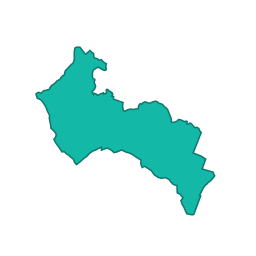 Gombak, Selangor, Malaysia (Mercator projection), rotated 201°
{"feature_id": "92858781B84445266980229", "entity_name": "Gombak", "entity_type": "district", "adm_level": 2, "iso_a3": "MYS", "parent_name": "Malaysia", "parent_adm1": "Selangor", "projection": "mercator", "projection_center": [101.678, 3.275], "detail": "fine", "context": "isolated", "style": "filled", "palette": "teal", "viewbox_px": 256, "rotation_deg": 201, "n_neighbors": 0, "source": "geoboundaries", "source_scale": "gbopen_adm2", "svg_char_len": 3498}
<svg xmlns="http://www.w3.org/2000/svg" viewBox="0 0 256 256"><g transform="rotate(201 128 128)"><path d="M58.0,150.0L60.0,151.1L60.7,151.9L61.9,153.0L63.9,153.3L65.8,152.3L67.1,152.9L68.1,153.5L69.6,154.3L71.0,154.9L72.1,154.7L72.5,154.2L73.0,153.3L74.6,152.9L74.8,153.8L75.0,155.3L76.5,155.1L77.2,154.3L78.7,154.3L80.2,154.4L81.9,154.5L83.8,154.1L84.8,151.8L85.9,150.8L87.0,149.9L88.1,149.4L89.1,149.0L89.9,149.6L90.4,151.1L91.1,152.4L92.9,154.3L97.4,159.2L98.5,159.9L99.7,160.4L101.0,160.7L102.8,161.6L104.5,162.4L105.6,162.5L107.6,162.1L109.4,162.8L111.3,163.1L112.3,162.7L113.3,162.0L114.5,161.0L115.7,159.8L116.7,158.8L118.4,158.6L120.8,158.6L121.8,158.3L123.6,156.3L123.6,155.2L124.3,155.2L125.5,154.9L125.9,153.2L126.0,152.1L125.6,151.0L125.5,149.4L127.2,148.8L128.3,148.1L129.7,147.2L131.1,146.8L132.4,146.7L133.8,145.7L135.1,144.7L136.2,143.3L137.8,142.3L138.8,143.0L139.6,144.0L140.1,145.4L141.0,146.4L141.7,150.0L144.6,149.9L146.8,149.9L148.3,149.9L150.1,149.8L152.0,149.8L152.7,152.1L154.4,151.9L154.2,154.0L155.4,154.4L155.4,155.2L157.7,155.7L159.3,156.0L160.4,156.6L161.5,156.6L161.9,156.0L161.7,155.0L161.2,154.4L160.8,153.6L161.1,152.5L162.0,151.7L162.7,150.9L163.6,152.1L168.3,147.5L169.4,148.3L172.2,148.2L172.3,146.8L173.7,148.2L174.4,148.9L174.5,149.6L173.8,150.6L173.3,151.8L173.1,152.8L173.1,154.3L173.1,155.2L173.7,156.1L174.6,157.0L175.6,158.1L176.2,159.4L176.0,160.7L176.5,161.6L178.0,161.6L178.9,162.1L179.8,163.5L180.1,164.8L180.8,166.1L181.1,168.4L181.2,169.3L180.7,170.4L179.7,171.6L178.9,172.8L177.6,174.2L173.9,173.5L172.6,173.3L170.7,173.3L169.5,173.9L169.4,174.7L169.5,175.7L170.7,176.9L171.3,180.3L173.3,180.5L174.6,180.9L176.4,181.6L177.4,182.3L178.9,180.9L180.7,181.5L182.0,181.7L183.2,181.4L184.4,181.3L185.6,182.3L186.1,184.0L187.0,185.3L187.8,185.6L188.7,185.5L191.3,186.8L194.1,181.5L201.8,186.2L203.0,185.8L204.8,185.1L206.1,183.9L206.0,182.0L205.4,179.8L204.6,177.5L203.5,174.9L202.7,172.4L202.5,170.3L202.7,168.6L203.7,167.0L204.6,164.8L205.8,161.8L207.0,159.2L207.0,157.5L206.5,154.9L207.2,153.9L207.7,153.5L208.3,151.8L208.8,150.8L208.8,149.7L208.9,148.9L209.7,148.1L210.6,147.2L211.2,146.5L211.7,145.3L211.9,144.3L212.6,143.1L213.4,142.0L214.1,140.9L214.8,140.0L214.8,139.3L214.7,138.5L215.4,137.9L215.3,137.3L215.1,136.3L215.9,135.5L217.1,134.7L218.0,133.8L219.2,133.2L219.9,132.6L220.6,131.8L220.9,130.6L221.4,129.4L222.2,129.2L223.3,129.4L224.1,129.2L224.7,128.9L225.3,128.2L226.1,126.9L225.2,125.6L223.3,123.2L219.8,123.2L216.6,121.5L212.3,118.3L209.3,114.8L205.8,111.8L205.0,108.9L202.8,105.4L200.9,102.4L199.9,100.2L196.6,98.9L194.2,97.5L192.6,96.2L192.3,93.8L193.1,90.8L190.4,88.4L188.0,86.8L186.4,85.9L181.1,82.0L178.9,83.1L176.1,81.7L174.6,81.7L173.0,81.1L170.4,80.0L168.3,79.5L167.1,78.5L165.4,76.6L162.9,75.4L160.2,80.0L158.3,83.8L156.2,87.0L155.1,90.0L152.7,93.8L150.2,95.9L147.5,99.2L145.9,100.5L144.9,97.8L142.4,100.0L140.0,101.9L135.4,101.3L132.4,100.0L129.8,101.6L126.2,105.1L120.9,104.8L117.9,105.1L114.1,104.8L109.8,103.7L104.4,102.7L103.1,98.9L100.6,96.2L99.0,98.1L96.6,97.8L90.9,96.5L86.9,93.8L82.3,92.7L78.8,93.0L75.3,95.1L71.0,94.6L68.8,93.0L65.6,91.6L61.3,91.6L60.5,88.9L58.8,85.1L55.9,84.9L51.6,82.4L52.6,79.2L50.2,76.2L48.0,74.6L42.9,69.5L42.9,69.8L41.3,69.2L37.9,69.7L36.5,70.2L35.6,70.9L35.8,90.6L37.0,90.6L36.3,98.8L35.6,101.6L34.4,103.7L33.6,105.7L32.0,108.3L30.6,111.8L29.9,114.4L31.3,115.6L32.7,117.3L44.1,116.3L44.3,126.8L49.8,128.0L58.2,128.0L58.0,150.0Z" fill="#14b8a6" stroke="#0f766e" stroke-width="1.5"/></g></svg>